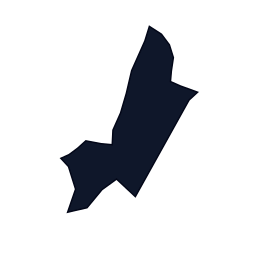 SVG path tracing the border of Canillo, rotated 114°
{"feature_id": "AND-4879", "entity_name": "Canillo", "entity_type": "state/province", "adm_level": 1, "iso_a3": "AND", "parent_name": "Andorra", "parent_adm1": "", "projection": "robinson", "projection_center": [1.655, 42.581], "detail": "fine", "context": "isolated", "style": "filled", "palette": "ink", "viewbox_px": 256, "rotation_deg": 114, "n_neighbors": 0, "source": "natural_earth", "source_scale": "10m", "svg_char_len": 512}
<svg xmlns="http://www.w3.org/2000/svg" viewBox="0 0 256 256"><g transform="rotate(114 128 128)"><path d="M67.0,79.0L77.6,83.6L187.7,93.4L179.3,117.7L194.9,126.7L217.5,133.0L225.6,143.8L229.5,148.9L205.2,151.0L187.4,166.7L183.0,177.0L176.4,171.1L167.0,165.8L156.9,161.3L153.3,146.2L149.7,135.6L136.0,140.9L117.3,140.9L97.1,143.6L74.1,148.0L55.3,148.0L41.6,148.0L26.5,149.8L28.7,135.6L35.2,124.0L45.2,115.2L58.2,111.6L68.3,108.1L68.3,97.4L67.0,79.0Z" fill="#0f172a" stroke="#020617" stroke-width="1.5"/></g></svg>